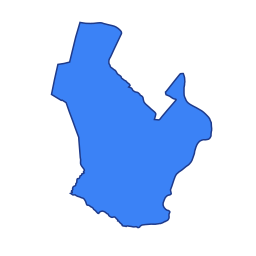 the district of Zondoma, Zondoma, Burkina Faso, rotated 103°
{"feature_id": "67063806B77925181323544", "entity_name": "Zondoma", "entity_type": "district", "adm_level": 2, "iso_a3": "BFA", "parent_name": "Burkina Faso", "parent_adm1": "Zondoma", "projection": "natural_earth1", "projection_center": [-2.323, 13.202], "detail": "fine", "context": "isolated", "style": "filled", "palette": "blue", "viewbox_px": 256, "rotation_deg": 103, "n_neighbors": 0, "source": "geoboundaries", "source_scale": "gbopen_adm2", "svg_char_len": 4628}
<svg xmlns="http://www.w3.org/2000/svg" viewBox="0 0 256 256"><g transform="rotate(103 128 128)"><path d="M204.4,169.0L204.6,169.3L205.5,167.0L205.6,166.6L205.4,165.9L205.2,165.4L205.1,164.6L205.1,164.1L205.5,163.4L205.9,161.9L206.0,160.0L206.2,158.7L206.4,158.0L206.5,156.0L206.7,155.5L207.0,154.9L208.1,153.7L208.7,153.2L209.1,152.8L212.0,151.0L212.3,150.4L212.2,148.7L212.4,148.0L213.1,146.6L213.4,145.2L213.9,144.2L214.3,143.7L215.0,143.1L215.5,141.9L216.0,140.9L216.5,140.3L217.7,138.5L217.9,138.0L217.8,137.3L217.0,137.1L216.1,136.5L215.8,136.2L215.4,135.7L214.9,134.6L214.7,134.1L214.8,132.4L215.1,131.4L216.1,129.3L216.5,127.8L217.4,127.2L218.0,126.4L218.6,124.7L218.7,123.7L218.5,123.0L217.8,121.7L217.7,120.9L217.9,120.5L218.1,120.0L219.1,118.8L219.4,118.0L219.8,117.4L220.8,117.2L220.7,116.7L220.8,116.2L222.0,114.7L223.5,112.0L223.8,112.0L224.3,111.7L224.5,111.1L224.5,110.0L224.2,108.5L224.3,108.1L224.4,107.7L223.7,107.0L223.5,106.4L223.4,104.4L223.2,102.8L223.2,101.4L223.1,100.6L223.1,100.2L222.8,99.3L222.3,97.9L222.3,97.1L222.6,96.8L222.8,96.0L222.6,95.3L222.2,94.7L221.7,94.3L220.8,94.0L220.5,93.7L220.0,93.2L219.6,92.7L219.3,92.4L219.0,91.6L218.2,89.4L216.5,84.0L215.6,79.8L215.1,78.5L214.3,76.4L214.0,75.8L213.8,75.0L213.7,74.7L213.3,74.2L213.0,73.6L212.2,72.6L211.8,72.0L211.3,71.6L211.0,71.5L210.8,71.1L210.8,70.7L210.2,70.1L209.6,69.4L209.1,68.8L208.4,68.3L207.9,68.1L207.3,68.0L206.6,67.8L205.7,67.9L204.9,68.1L204.4,68.3L203.7,68.5L203.1,68.6L202.0,68.6L201.0,68.3L200.2,68.4L199.8,68.8L199.6,69.2L199.5,69.5L199.3,70.0L199.3,70.6L199.3,71.3L199.2,71.8L198.9,72.5L198.8,73.0L198.1,73.9L197.7,74.5L197.2,75.1L196.4,75.7L195.7,76.2L194.7,76.6L193.1,76.9L189.8,76.5L187.4,76.0L185.7,75.0L184.8,74.2L184.3,73.4L184.0,72.7L183.6,72.0L183.2,71.6L182.7,71.2L182.3,71.1L181.9,71.3L181.4,71.5L180.7,71.8L179.8,72.3L178.6,72.7L174.7,72.2L168.0,71.6L164.4,71.1L162.1,70.4L161.1,69.7L159.4,68.5L156.7,66.0L155.4,65.0L152.5,62.8L150.2,60.7L148.9,59.9L147.1,59.0L145.2,58.4L141.9,58.0L138.0,57.6L135.5,57.8L131.2,57.5L128.9,57.1L127.3,56.6L125.0,55.4L124.0,54.4L123.2,53.3L122.5,52.0L122.0,49.7L121.2,47.8L120.7,46.9L120.2,46.5L119.5,46.0L118.6,45.7L117.5,45.4L116.7,45.4L115.4,45.7L113.1,46.0L111.5,46.0L109.6,46.4L107.6,47.1L104.1,48.1L101.8,49.8L100.7,50.5L99.4,51.9L98.1,53.8L96.9,55.7L95.7,57.8L94.7,60.0L93.2,64.9L92.7,66.6L92.4,67.9L91.8,70.1L91.4,71.5L90.8,73.4L90.0,75.1L89.0,76.6L88.0,77.6L86.7,78.5L85.2,79.7L83.4,80.7L80.5,81.5L76.0,82.5L73.3,82.6L71.8,82.9L70.2,83.0L68.6,83.5L66.5,84.1L64.9,84.9L62.5,86.4L62.7,87.4L63.0,88.2L63.2,88.9L63.8,89.5L70.6,92.8L79.1,96.8L84.2,99.2L84.4,99.5L85.4,99.3L87.0,98.4L87.5,95.4L87.7,94.4L88.0,93.7L88.5,92.5L89.0,91.1L89.3,89.6L89.2,88.3L89.4,87.8L89.4,87.6L89.9,87.5L90.3,87.7L90.9,88.0L91.6,88.3L102.2,93.9L108.9,97.3L112.5,99.0L112.9,99.4L113.2,99.9L113.4,101.3L113.7,103.4L113.8,104.2L109.6,104.0L108.5,104.0L107.8,104.2L107.3,104.6L106.7,105.3L106.0,106.5L104.3,109.8L103.0,112.0L101.7,114.4L100.9,115.9L100.1,117.1L98.9,118.4L97.8,119.0L96.3,119.7L95.1,120.2L94.2,121.0L93.6,122.2L93.4,123.3L92.5,124.1L91.4,126.0L91.2,126.7L91.2,128.2L91.2,129.2L90.7,130.8L90.3,131.7L88.8,133.0L88.3,133.8L88.1,134.5L88.0,136.6L87.7,136.5L86.2,135.6L86.0,135.8L85.2,136.2L84.6,137.3L84.1,138.5L83.3,139.8L82.6,140.7L82.4,142.0L81.6,143.8L81.3,144.4L81.2,144.9L80.6,145.7L79.4,146.4L78.8,147.6L78.4,148.7L77.7,150.4L77.0,151.1L76.0,152.0L75.2,152.8L74.7,153.4L74.7,153.7L73.9,155.7L73.6,156.1L72.7,158.4L72.2,159.0L70.8,159.8L69.4,161.1L67.6,161.6L66.1,161.8L64.5,161.6L62.9,161.1L59.2,160.3L54.3,159.3L41.6,156.5L37.5,155.6L36.9,155.7L36.1,156.0L35.4,156.5L34.3,158.0L33.2,160.0L32.3,162.4L31.9,164.4L31.8,166.6L31.8,170.5L31.7,175.1L31.5,177.1L31.7,178.8L32.6,181.7L33.7,184.8L34.6,188.1L35.5,192.6L35.8,196.2L35.9,198.5L51.1,199.4L76.9,199.7L79.5,204.8L81.8,210.6L97.3,210.5L112.5,210.1L114.2,205.0L116.1,199.2L115.7,198.5L115.8,198.0L117.2,194.0L125.6,188.7L133.6,183.4L140.3,179.1L148.2,173.9L150.9,173.1L167.4,167.9L169.6,167.0L171.2,166.7L172.2,166.5L173.1,166.3L174.3,165.7L175.7,164.4L177.8,161.9L178.4,161.3L179.3,160.9L179.8,161.2L180.2,161.4L180.5,161.5L180.9,161.5L181.1,161.4L181.6,160.7L182.1,161.1L182.6,161.6L183.0,162.6L184.1,162.7L184.5,162.7L185.0,163.2L185.4,163.9L187.5,164.0L187.8,164.2L188.1,164.4L188.4,164.7L188.5,165.0L188.7,165.7L189.1,166.0L189.6,166.1L192.7,165.7L194.0,166.3L195.4,166.1L196.0,166.3L197.0,167.6L197.4,168.0L198.0,168.3L199.4,168.4L200.0,168.1L200.3,168.0L201.1,168.2L201.8,168.8L202.1,168.9L202.5,168.8L202.6,168.3L202.9,167.9L203.3,167.8L203.7,168.1L204.4,169.0Z" fill="#3b82f6" stroke="#1e3a8a" stroke-width="1.5"/></g></svg>